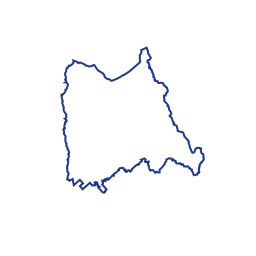 South Wairarapa District, Wellington, New Zealand, rotated 123°
{"feature_id": "76426892B24718175617028", "entity_name": "South Wairarapa District", "entity_type": "district", "adm_level": 2, "iso_a3": "NZL", "parent_name": "New Zealand", "parent_adm1": "Wellington", "projection": "orthographic", "projection_center": [175.354, -41.267], "detail": "fine", "context": "isolated", "style": "outline", "palette": "blue", "viewbox_px": 256, "rotation_deg": 123, "n_neighbors": 0, "source": "geoboundaries", "source_scale": "gbopen_adm2", "svg_char_len": 5860}
<svg xmlns="http://www.w3.org/2000/svg" viewBox="0 0 256 256"><g transform="rotate(123 128 128)"><path d="M108.9,50.9L109.2,51.6L109.0,52.7L108.5,53.2L108.3,53.8L106.5,55.2L105.5,55.4L105.4,56.0L105.9,56.4L105.9,57.5L107.4,59.7L108.4,59.7L108.9,60.0L112.0,59.2L113.4,60.0L113.7,60.6L112.5,62.7L111.7,63.5L111.3,64.6L110.2,66.0L109.7,66.2L108.8,67.2L108.0,68.7L107.1,69.3L106.6,69.3L106.1,69.6L106.0,70.3L105.5,71.2L105.6,72.1L105.1,72.8L104.5,75.8L102.2,78.7L101.9,79.3L102.0,80.5L103.0,83.0L103.4,84.7L102.6,85.2L99.6,88.5L100.3,91.7L99.8,92.1L98.9,91.8L98.5,92.8L98.3,93.0L98.2,93.9L95.6,97.0L95.4,99.5L94.8,99.8L94.2,99.4L92.3,99.5L91.3,100.9L90.2,103.4L89.5,104.1L88.6,104.6L88.1,106.6L87.5,106.3L86.7,107.6L85.5,112.5L84.0,113.1L83.0,114.4L82.3,114.7L81.4,115.5L81.1,115.5L80.5,114.3L79.7,114.5L78.9,114.4L77.9,115.0L76.9,114.5L75.3,114.7L73.2,117.1L72.8,118.0L73.1,118.6L72.8,119.3L72.8,120.0L72.4,120.8L72.5,121.7L71.4,122.6L71.7,124.4L73.8,127.0L72.7,128.5L72.8,129.3L73.2,129.5L73.8,130.7L73.6,131.2L73.0,131.4L73.1,132.2L72.0,132.6L71.2,133.9L71.3,134.7L69.8,135.2L69.4,135.8L69.3,136.5L68.2,137.4L68.0,138.3L66.7,139.3L66.5,139.8L66.7,140.6L66.4,140.9L66.2,141.5L65.7,141.5L65.4,142.1L66.1,143.0L66.0,143.3L65.2,143.7L64.0,143.7L63.4,144.8L62.1,146.0L62.4,147.2L62.1,147.7L60.6,148.3L58.7,146.9L56.8,147.0L56.2,148.1L56.0,148.9L55.3,149.6L54.5,151.8L53.7,152.2L52.7,153.2L50.5,156.2L55.6,159.4L56.0,158.8L57.0,158.0L59.0,157.7L60.7,157.8L61.4,157.1L64.2,155.4L65.4,154.0L66.9,153.9L80.0,157.7L84.9,159.9L85.6,160.5L85.2,159.8L86.4,160.9L89.9,162.5L93.5,164.6L97.0,167.1L97.5,167.9L97.6,168.6L97.3,169.0L97.3,170.1L97.9,171.5L98.3,173.1L97.8,175.3L97.0,176.3L96.5,176.6L96.5,177.4L95.9,178.4L95.9,182.8L96.0,183.3L96.0,184.4L95.2,186.9L93.7,190.1L93.6,190.9L95.6,192.2L95.8,192.1L97.7,194.2L97.8,195.8L98.6,197.0L98.3,199.1L98.6,200.7L98.6,201.6L99.0,202.4L99.0,203.4L99.4,204.2L100.7,205.0L100.3,206.6L101.2,210.6L102.1,209.5L104.6,209.4L106.3,209.9L106.5,210.2L107.2,210.4L107.9,211.0L107.9,211.5L108.8,211.4L109.2,211.6L110.1,211.3L110.6,211.9L111.0,212.0L112.4,211.6L114.4,210.6L115.2,210.7L117.2,210.2L119.3,207.6L121.4,206.9L121.2,206.6L121.3,206.5L121.6,206.8L122.7,205.1L123.0,205.0L123.7,205.3L123.2,204.5L123.7,203.5L124.0,202.3L124.7,201.8L127.8,200.9L129.2,200.8L130.0,201.2L130.2,200.7L132.2,200.4L135.3,200.8L135.7,200.9L136.2,202.0L136.5,202.0L136.9,201.1L138.3,200.5L138.9,199.6L140.3,198.5L141.0,197.2L142.0,197.3L142.6,197.0L143.6,195.7L144.6,194.7L145.3,193.4L147.6,192.1L148.5,191.2L149.4,189.5L150.3,187.1L151.3,186.8L152.5,185.6L153.3,185.7L154.0,185.5L154.6,185.9L154.6,185.4L154.9,184.7L154.9,183.9L155.2,183.4L156.0,183.7L156.7,183.5L157.0,183.9L158.0,183.3L158.2,183.5L158.6,183.0L159.7,183.0L161.1,182.5L162.2,181.7L162.2,181.0L162.8,180.7L163.2,180.8L163.4,181.3L164.5,181.4L166.0,179.4L166.7,179.3L167.8,178.4L168.4,177.3L168.6,176.4L169.6,175.3L171.2,174.8L172.7,173.5L173.4,173.2L174.3,172.0L174.4,171.3L175.0,170.7L176.1,170.4L177.0,169.3L177.7,167.7L178.8,167.2L178.8,166.5L179.8,164.8L180.3,164.7L180.8,163.8L182.6,163.8L183.2,162.6L183.6,162.3L185.7,161.6L187.3,161.6L187.4,160.7L188.5,160.5L189.7,159.2L192.7,158.2L193.5,158.2L194.1,157.5L196.0,156.4L196.5,155.7L197.6,155.2L197.9,154.5L197.8,154.1L198.3,153.1L199.6,152.6L200.5,152.7L202.2,151.7L203.8,151.3L204.2,151.0L203.7,150.0L204.1,149.5L203.8,149.1L204.0,148.7L203.5,148.6L203.5,148.0L200.9,146.6L205.5,142.3L197.7,140.2L198.9,135.6L202.9,136.7L204.1,132.7L194.7,130.1L195.7,126.6L194.8,125.8L194.6,125.1L193.9,124.6L193.8,124.3L193.2,124.5L192.8,124.1L192.5,124.2L192.0,124.7L192.8,125.2L191.9,126.1L191.7,125.7L191.1,125.7L190.5,124.9L190.7,124.2L191.5,123.5L191.5,122.8L193.1,121.7L193.6,121.1L193.6,120.4L192.8,120.3L192.7,119.9L194.1,120.3L195.8,114.0L195.0,112.7L194.7,112.5L194.1,112.7L193.6,112.4L192.9,112.9L192.7,112.7L191.1,112.6L189.4,118.9L188.4,118.7L187.6,119.2L187.0,119.4L187.0,120.0L186.1,119.7L185.9,120.8L185.8,120.7L185.6,120.0L184.9,120.7L185.1,120.0L184.9,118.7L184.5,119.2L184.1,118.8L183.9,119.3L183.4,119.3L182.7,118.7L183.2,118.4L183.4,117.9L182.9,117.6L181.8,117.7L182.1,117.0L181.5,116.9L181.7,116.5L181.4,116.1L175.8,115.1L176.1,114.4L175.9,113.9L174.1,114.7L173.2,114.4L172.4,113.9L169.8,113.2L168.6,113.3L168.2,112.6L167.5,113.2L166.4,113.1L165.4,111.9L164.0,111.3L164.3,111.3L164.6,110.8L164.1,110.0L164.5,109.6L164.9,108.8L164.5,107.8L164.9,107.8L164.8,107.4L165.7,107.2L165.7,106.4L165.9,106.1L165.7,105.8L165.3,106.1L165.0,105.8L165.3,105.6L165.3,105.2L164.8,105.2L164.6,105.5L164.3,104.9L163.0,104.5L162.9,104.2L163.3,102.8L163.3,102.2L161.0,101.9L160.7,102.4L154.6,100.8L153.0,99.9L153.3,99.4L152.3,98.9L151.7,99.3L149.5,99.0L149.4,98.7L147.9,98.4L147.4,98.9L147.3,99.5L146.9,99.0L145.6,98.5L144.6,97.6L144.7,96.3L145.1,95.8L146.8,95.6L147.0,95.4L147.0,94.9L146.2,93.4L145.3,93.0L144.9,92.4L145.5,91.9L146.7,92.0L147.4,91.7L148.5,89.7L149.1,89.6L149.7,89.1L151.5,86.6L151.5,86.1L150.4,85.3L149.7,83.8L149.8,83.3L150.3,82.5L150.3,81.6L150.7,80.7L150.2,80.3L149.0,80.0L148.9,78.4L148.0,77.3L145.7,78.8L142.7,78.0L138.4,77.6L136.9,78.0L134.9,77.9L133.4,78.6L130.7,76.8L130.4,75.9L130.4,75.0L131.0,73.2L129.7,73.3L130.1,72.4L130.0,71.4L130.3,70.6L129.8,70.7L129.7,70.2L131.1,68.5L131.2,68.0L130.4,66.4L129.2,65.1L129.8,64.3L129.6,63.9L129.0,63.5L129.4,62.7L128.6,62.2L128.9,61.7L129.0,61.0L129.7,60.2L129.1,59.3L129.1,58.7L127.7,57.3L127.6,56.8L128.4,54.8L127.9,54.6L128.5,52.7L128.1,51.7L129.3,51.2L129.6,49.9L131.6,47.3L131.6,46.8L130.6,45.8L129.8,45.3L129.5,44.6L127.5,45.1L126.8,44.0L125.6,44.5L125.2,45.3L123.9,46.0L123.9,46.3L122.7,46.8L122.5,46.6L122.0,46.7L121.7,47.1L120.5,47.4L120.2,47.7L119.9,47.5L118.4,48.0L117.2,47.5L116.6,47.8L116.4,47.5L116.0,47.7L114.8,47.3L113.7,47.4L113.3,47.2L112.2,47.8L111.9,48.6L111.1,49.3L110.4,49.4L109.6,49.9L108.9,50.9Z" fill="none" stroke="#1e3a8a" stroke-width="2"/></g></svg>